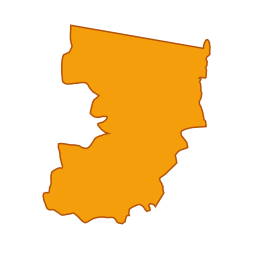 Lukula, Bas-Congo, Democratic Republic of the Congo, rotated 100°
{"feature_id": "63176286B65126745094635", "entity_name": "Lukula", "entity_type": "district", "adm_level": 2, "iso_a3": "COD", "parent_name": "Democratic Republic of the Congo", "parent_adm1": "Bas-Congo", "projection": "albers", "projection_center": [12.873, -5.386], "detail": "fine", "context": "isolated", "style": "filled", "palette": "amber", "viewbox_px": 256, "rotation_deg": 100, "n_neighbors": 0, "source": "geoboundaries", "source_scale": "gbopen_adm2", "svg_char_len": 3247}
<svg xmlns="http://www.w3.org/2000/svg" viewBox="0 0 256 256"><g transform="rotate(100 128 128)"><path d="M213.9,111.5L211.8,112.4L207.7,112.6L204.9,109.6L201.7,104.7L201.3,102.6L202.5,99.6L205.4,96.8L206.8,95.1L205.2,92.0L202.8,92.6L200.5,94.4L198.5,92.6L198.9,89.4L200.7,87.4L185.7,81.4L185.6,81.5L184.3,82.3L183.4,82.5L182.5,82.7L181.8,83.3L181.6,83.3L179.5,83.3L178.9,83.9L178.0,84.7L177.3,84.9L177.1,84.9L176.6,85.4L174.7,87.1L172.0,88.2L166.8,83.1L162.9,80.4L153.9,73.9L146.4,76.7L144.4,75.6L143.4,75.0L142.5,74.4L141.9,73.8L140.8,72.8L138.4,68.4L136.9,65.8L134.3,66.7L132.2,67.5L130.0,69.8L128.0,72.0L126.2,74.1L123.3,75.2L121.3,74.3L119.5,71.7L117.9,68.7L116.3,64.5L115.9,63.1L114.3,56.6L113.7,53.9L113.0,51.3L111.2,51.8L107.9,52.8L107.0,53.8L106.1,54.8L104.8,55.2L101.8,56.3L101.3,56.5L100.4,56.8L98.0,58.0L94.7,59.7L92.6,61.4L92.1,61.7L89.8,62.4L85.9,61.3L83.4,61.3L81.1,61.4L77.9,63.0L76.3,63.1L75.5,63.2L75.0,63.4L71.8,64.3L70.8,65.0L69.8,65.6L67.6,64.6L67.0,64.8L66.9,65.4L66.6,66.5L65.9,66.3L65.4,64.3L65.4,60.6L64.6,60.0L57.6,60.7L55.2,61.8L52.4,61.2L49.4,61.5L48.3,61.8L47.0,63.1L45.3,62.9L44.6,62.8L44.3,62.5L41.9,60.6L41.3,60.4L40.7,60.2L40.5,60.3L40.4,60.4L40.0,60.6L37.5,60.9L36.3,61.1L34.5,61.2L31.7,62.1L29.9,62.6L27.7,64.2L27.2,65.4L27.8,66.4L29.9,67.2L32.6,67.7L35.2,67.7L36.5,67.6L36.8,202.2L38.5,202.0L40.2,201.6L44.8,201.1L47.7,200.6L49.3,200.4L51.3,199.8L54.3,198.8L56.1,197.6L58.0,197.4L59.4,197.7L62.4,198.6L64.0,199.4L65.0,201.0L66.0,202.5L67.1,204.2L70.9,204.7L73.7,204.6L77.9,204.1L79.3,203.8L84.2,202.9L87.2,202.3L90.1,201.3L92.1,201.0L94.2,199.8L94.9,198.2L95.3,196.0L95.1,194.7L94.5,192.0L93.4,188.7L92.8,186.2L91.8,183.4L91.4,181.8L90.9,179.1L90.8,177.8L91.6,176.0L92.4,174.9L93.6,174.0L95.4,172.5L96.6,171.1L98.0,169.4L98.7,168.3L99.4,166.2L100.5,164.2L101.0,162.3L101.9,162.6L104.2,164.5L105.6,166.0L108.4,167.1L112.8,167.5L114.6,167.5L118.2,167.8L120.1,167.7L121.2,166.3L122.1,164.8L122.9,162.5L122.8,160.7L122.8,159.4L122.3,157.7L121.1,155.4L120.7,153.3L120.4,151.9L120.4,150.9L120.9,150.4L122.8,150.6L124.8,151.9L126.7,153.9L127.8,156.6L129.1,158.4L130.5,158.1L132.2,156.1L133.9,154.1L135.0,152.1L136.2,149.8L136.7,146.2L137.8,148.8L138.6,150.5L140.3,153.3L141.5,155.8L143.9,158.6L147.7,160.1L152.5,162.3L154.9,164.4L155.4,166.0L155.3,169.7L154.0,172.8L154.0,174.9L154.0,177.6L154.6,181.3L154.6,185.0L154.6,186.9L154.9,191.4L155.7,193.7L159.3,193.2L162.2,191.7L164.8,190.7L168.9,189.6L171.6,188.4L174.5,187.2L176.9,185.9L178.5,185.8L179.1,186.4L179.1,188.5L180.2,190.5L181.4,192.0L183.0,194.1L184.7,195.4L187.6,195.6L189.5,195.4L191.7,195.0L194.4,194.3L197.6,194.1L199.8,194.8L202.5,194.7L204.7,194.5L205.6,195.3L205.8,197.6L206.9,199.5L207.9,199.8L210.1,199.7L211.9,198.9L213.7,198.3L216.7,196.4L218.4,195.6L221.0,193.9L222.1,192.2L222.1,190.5L221.5,188.4L221.5,186.7L223.7,181.5L224.6,179.8L225.2,177.9L224.8,176.2L223.7,173.3L222.4,169.4L221.5,168.1L221.3,166.6L222.8,163.7L224.3,161.4L226.5,158.5L227.6,156.9L228.8,153.9L227.5,151.6L226.0,149.9L223.4,146.8L221.7,143.4L220.6,140.2L220.0,136.4L219.8,132.8L219.1,129.8L218.7,127.0L220.2,124.3L222.4,122.7L223.2,120.6L223.2,117.0L220.6,114.6L217.4,114.5L216.9,114.5L214.4,113.8L213.9,111.5Z" fill="#f59e0b" stroke="#b45309" stroke-width="1.5"/></g></svg>